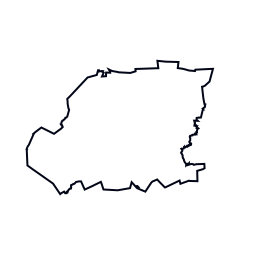 the district of Ciudad del Maíz, San Luis Potosí, Mexico, rotated 292°
{"feature_id": "50627088B28036330592327", "entity_name": "Ciudad del Maíz", "entity_type": "district", "adm_level": 2, "iso_a3": "MEX", "parent_name": "Mexico", "parent_adm1": "San Luis Potosí", "projection": "natural_earth1", "projection_center": [-99.716, 22.431], "detail": "fine", "context": "isolated", "style": "outline", "palette": "ink", "viewbox_px": 256, "rotation_deg": 292, "n_neighbors": 0, "source": "geoboundaries", "source_scale": "gbopen_adm2", "svg_char_len": 5063}
<svg xmlns="http://www.w3.org/2000/svg" viewBox="0 0 256 256"><g transform="rotate(292 128 128)"><path d="M170.3,78.6L165.5,79.2L159.7,71.6L135.7,62.3L132.2,60.8L130.1,62.0L127.8,63.0L124.1,65.3L122.8,66.6L115.9,67.4L114.9,67.1L114.7,66.8L114.4,66.7L114.2,66.5L114.2,66.3L114.1,66.2L113.8,66.0L113.5,66.1L113.1,66.1L112.8,66.0L112.6,65.9L112.4,65.9L112.0,65.7L111.8,65.5L111.6,65.4L111.4,65.3L111.2,65.2L110.8,65.0L110.7,64.9L110.5,64.6L110.3,64.5L110.1,64.6L109.7,64.5L109.5,64.3L109.1,64.2L108.3,64.3L106.9,64.4L106.3,65.2L106.1,64.7L104.5,67.1L102.5,66.3L94.9,61.6L96.0,47.5L89.3,43.5L87.1,42.4L87.0,42.8L86.6,42.7L84.9,42.7L75.6,42.4L74.7,42.3L74.2,42.1L72.9,41.9L70.3,41.9L70.1,42.2L70.0,42.4L69.8,42.3L55.6,48.8L54.0,55.2L48.4,79.3L41.3,89.9L42.5,90.5L45.1,92.6L44.0,94.2L44.3,94.9L44.6,94.8L44.7,95.3L45.0,95.2L45.3,95.7L46.0,95.3L46.3,95.8L46.5,96.1L47.1,95.7L48.0,96.0L48.6,96.3L49.2,96.4L49.8,96.6L50.2,97.6L50.5,97.8L52.1,97.4L52.9,96.8L53.9,96.7L54.1,96.9L54.4,97.5L55.2,98.1L55.7,98.2L56.0,98.9L56.2,99.2L58.6,100.1L59.4,101.5L60.0,102.3L60.6,103.8L60.9,104.5L54.7,110.9L60.5,116.4L67.9,123.0L66.1,124.7L63.9,126.5L61.8,128.3L66.4,141.8L73.0,152.4L79.1,151.7L76.5,157.2L77.2,157.5L77.7,158.4L77.1,159.7L76.3,158.3L76.2,158.4L76.0,158.2L75.6,159.1L75.5,167.9L83.4,169.5L84.8,169.8L85.2,169.9L86.0,170.0L86.9,170.4L87.7,170.9L88.8,172.0L91.2,174.4L89.9,177.1L86.7,184.5L87.1,185.0L98.6,195.5L95.9,197.5L102.0,204.3L102.0,205.0L104.7,212.3L114.2,208.2L117.6,212.6L119.4,214.1L123.3,212.2L119.9,204.7L118.6,203.0L118.7,202.9L118.7,202.7L118.7,202.4L118.8,202.2L118.7,201.9L118.7,201.7L118.6,200.7L118.4,200.2L118.2,199.9L118.0,199.6L117.8,199.4L117.6,199.2L116.3,197.6L117.0,197.8L117.5,197.9L118.0,197.7L117.7,197.6L117.5,197.1L117.2,197.0L117.1,196.8L116.9,196.5L116.5,196.3L116.2,196.2L116.1,195.9L115.9,195.9L115.6,195.8L115.9,195.7L116.3,195.4L116.6,195.2L116.8,194.9L116.9,194.7L117.0,194.5L117.3,193.8L117.5,193.6L117.7,193.3L118.0,193.0L118.2,192.7L118.4,192.5L118.7,192.3L118.9,192.1L119.3,191.8L119.7,191.6L119.9,191.4L120.1,191.2L120.5,190.4L120.9,190.2L121.2,189.9L121.7,189.5L122.0,189.3L122.3,189.2L122.8,189.1L123.0,188.9L123.3,188.7L123.5,188.3L123.8,188.1L124.0,187.9L124.1,187.6L124.3,187.4L124.4,187.1L124.6,186.8L124.9,186.5L125.2,186.4L125.5,186.5L126.1,186.8L126.5,186.8L126.9,186.9L127.6,186.8L127.7,186.7L127.9,186.6L128.0,186.4L128.1,186.2L128.4,185.7L128.7,185.3L128.9,185.6L129.0,185.6L129.2,186.2L129.2,186.3L129.2,186.6L129.3,186.7L129.4,186.8L129.6,187.0L129.8,187.2L130.0,187.2L130.3,187.3L130.4,187.2L130.7,187.2L130.8,187.2L130.9,187.3L131.2,187.2L131.3,187.6L131.5,187.4L131.4,187.4L131.5,187.3L131.7,187.5L131.8,187.8L132.1,188.1L132.1,188.5L132.4,189.2L132.5,189.5L132.8,189.4L132.9,189.5L133.0,189.5L133.3,189.6L133.3,189.4L133.5,189.4L133.5,189.5L133.4,189.7L133.4,189.8L133.4,190.0L133.5,190.0L133.8,190.3L134.0,190.3L134.0,190.6L133.9,190.7L133.9,190.8L134.0,190.9L134.3,190.8L134.6,190.8L134.9,190.7L135.1,190.8L135.2,191.1L135.2,191.5L135.2,191.8L135.4,192.1L135.6,192.4L135.8,192.5L136.0,192.7L136.7,192.6L136.9,192.5L137.1,192.4L137.3,192.3L137.3,191.9L137.4,191.5L137.4,191.3L137.2,191.0L137.8,190.3L138.2,190.0L138.5,190.0L139.0,190.2L139.4,190.2L139.6,190.3L140.0,190.3L140.5,190.0L140.8,189.9L141.2,189.8L141.7,189.6L141.8,189.5L142.0,189.5L142.2,189.1L142.4,189.0L142.5,188.8L142.7,188.7L143.2,188.5L143.6,188.5L143.9,188.5L144.1,189.1L144.3,189.2L144.7,189.4L144.7,189.5L145.1,189.9L145.2,190.2L145.4,190.1L145.5,190.1L145.7,190.3L145.9,190.5L146.1,190.7L146.2,191.0L146.3,191.0L146.8,192.1L146.8,192.3L147.1,192.9L148.0,192.3L148.2,192.6L148.2,192.9L148.1,193.0L148.1,193.7L149.8,192.8L150.0,193.0L149.9,193.2L150.0,193.5L150.7,193.1L151.5,192.9L152.0,192.9L152.5,192.8L152.9,192.6L153.1,192.6L153.5,193.1L154.0,193.5L154.1,193.3L153.8,192.8L153.8,192.5L153.7,192.2L153.6,191.6L153.9,191.5L154.5,191.5L154.9,191.4L155.5,191.4L155.2,190.8L155.2,190.5L155.4,190.4L155.3,190.1L155.5,190.1L156.1,189.8L156.0,189.6L155.9,189.2L155.7,188.8L155.5,188.6L155.9,188.5L156.2,188.4L156.5,188.4L156.9,188.3L157.1,188.3L157.4,188.3L157.5,188.2L157.9,188.2L158.0,188.1L158.2,187.9L158.4,187.6L158.5,187.4L159.0,187.1L159.6,186.6L160.8,190.0L161.4,188.4L163.1,187.9L163.5,188.7L163.7,189.1L164.1,189.4L164.2,190.0L164.5,190.4L164.5,190.7L164.8,191.2L165.0,191.7L172.9,190.5L173.2,191.0L173.9,190.0L174.3,190.3L174.6,190.5L175.0,190.7L175.4,190.8L175.6,191.2L175.8,191.3L176.3,191.4L177.0,191.3L177.7,191.1L178.1,190.6L178.4,190.3L178.6,190.2L178.9,190.4L178.9,189.9L183.7,186.8L194.0,181.2L194.8,182.4L195.9,183.4L201.6,186.2L214.7,184.6L207.3,168.6L205.9,168.8L205.7,168.0L204.2,163.2L203.6,157.7L203.3,156.1L202.2,151.7L208.1,150.1L204.3,139.9L203.7,138.3L201.3,130.1L194.8,133.7L185.5,112.8L183.4,113.8L179.9,109.5L176.1,98.4L176.1,97.6L174.9,92.0L175.1,88.3L173.7,90.1L173.7,90.3L172.6,90.8L171.2,86.9L167.8,88.2L166.0,84.6L170.2,84.7L170.5,83.1L171.3,83.3L171.1,82.5L170.9,82.1L170.6,81.8L170.4,81.4L169.8,80.3L169.6,79.9L169.4,79.7L170.6,79.4L170.3,78.6Z" fill="none" stroke="#020617" stroke-width="2"/></g></svg>